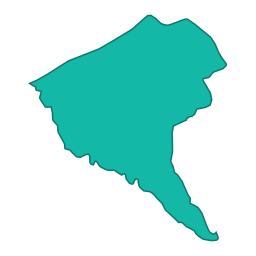 Gadzi, Mambéré-Kadéï, Central African Republic (Robinson projection)
{"feature_id": "33826404B47432472160828", "entity_name": "Gadzi", "entity_type": "district", "adm_level": 2, "iso_a3": "CAF", "parent_name": "Central African Republic", "parent_adm1": "Mambéré-Kadéï", "projection": "robinson", "projection_center": [16.692, 4.858], "detail": "fine", "context": "isolated", "style": "filled", "palette": "teal", "viewbox_px": 256, "rotation_deg": 0, "n_neighbors": 0, "source": "geoboundaries", "source_scale": "gbopen_adm2", "svg_char_len": 2051}
<svg xmlns="http://www.w3.org/2000/svg" viewBox="0 0 256 256"><path d="M178.5,222.4L182.2,222.5L186.2,226.5L194.4,230.7L195.8,233.5L199.3,236.7L203.3,239.2L207.5,240.0L212.0,240.6L215.2,240.4L216.8,240.0L218.1,238.6L218.1,237.8L217.6,235.8L216.9,234.1L216.1,232.3L215.4,233.4L213.3,234.3L209.9,232.4L208.2,229.4L205.8,223.6L202.0,213.4L198.1,207.6L193.6,205.0L190.0,203.3L190.3,198.2L188.0,195.0L182.0,181.3L177.6,175.0L174.4,172.4L173.3,167.2L170.7,161.3L172.5,151.5L172.4,141.7L172.3,137.1L172.1,132.9L173.4,126.1L176.5,124.5L181.6,122.2L186.2,120.2L186.9,118.6L189.3,116.7L192.0,116.3L194.7,114.0L196.8,109.0L200.0,108.5L205.7,107.3L210.2,105.0L211.7,99.7L210.8,95.0L210.2,92.5L208.0,89.1L206.3,85.8L204.6,83.2L202.7,80.0L202.9,78.8L205.9,78.1L208.5,77.5L210.3,76.0L211.8,73.6L214.1,71.8L215.7,71.3L222.9,68.7L226.0,65.7L226.4,64.0L224.5,61.5L221.9,58.0L218.6,52.3L215.1,44.1L210.6,37.2L194.5,24.0L187.3,19.1L184.5,19.3L173.3,23.5L168.4,25.2L165.1,25.0L160.9,23.5L155.9,18.7L150.9,15.4L147.7,15.6L144.6,18.1L132.2,29.2L114.6,39.9L98.7,49.1L68.5,60.9L46.9,74.6L36.2,80.6L29.6,83.4L33.5,85.9L35.7,87.0L35.9,89.3L36.5,90.4L38.7,90.8L40.3,91.1L41.1,91.3L41.2,91.9L40.6,93.7L40.4,95.2L39.6,97.8L40.7,100.0L45.3,106.9L47.5,107.2L49.5,107.0L51.1,106.8L52.5,113.0L52.7,119.9L57.5,125.5L58.1,132.1L64.5,143.8L65.0,148.7L70.0,150.1L72.9,153.3L76.8,156.9L80.5,157.3L83.1,155.9L85.1,155.0L86.1,154.4L88.2,154.1L89.2,155.0L89.7,155.8L89.9,162.3L90.9,164.0L92.8,164.8L93.5,164.8L94.3,162.5L94.8,161.8L95.6,161.1L97.2,162.2L98.6,164.7L100.1,166.6L101.7,167.4L104.3,168.9L106.2,169.6L107.5,170.0L109.0,170.3L112.5,170.3L113.7,169.9L121.5,175.0L122.4,174.7L122.9,174.0L123.9,173.8L124.3,173.7L125.8,175.2L125.8,176.4L126.2,178.9L129.6,183.4L131.4,183.9L132.2,184.1L133.1,183.8L133.6,183.1L133.8,182.1L134.5,180.7L135.2,179.5L135.3,179.2L136.3,178.9L136.7,179.0L138.1,179.7L138.2,180.3L138.5,183.6L139.4,186.8L143.6,190.8L150.3,191.8L153.9,194.5L156.2,197.4L162.2,203.5L165.4,209.9L176.1,219.9L178.5,222.4Z" fill="#14b8a6" stroke="#0f766e" stroke-width="1.5"/></svg>